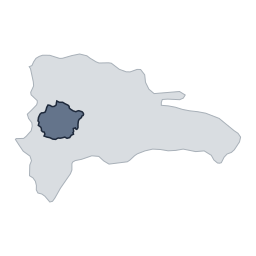 San Juan on a map of Dominican Republic (Albers equal-area conic projection)
{"feature_id": "DOM-1393", "entity_name": "San Juan", "entity_type": "Province", "adm_level": 1, "iso_a3": "DOM", "parent_name": "Dominican Republic", "parent_adm1": "", "projection": "albers", "projection_center": [-71.244, 18.895], "detail": "fine", "context": "in_parent", "style": "filled", "palette": "slate", "viewbox_px": 256, "rotation_deg": 0, "n_neighbors": 0, "source": "natural_earth", "source_scale": "10m", "svg_char_len": 2245}
<svg xmlns="http://www.w3.org/2000/svg" viewBox="0 0 256 256"><path d="M29.5,175.7L29.8,165.0L31.5,160.7L30.0,156.1L23.2,151.2L19.0,145.0L15.4,139.4L16.2,138.6L23.6,138.4L26.2,136.3L31.2,130.7L32.2,126.1L31.8,122.7L28.6,118.5L27.3,114.2L31.3,110.4L36.6,104.9L37.3,102.7L37.2,100.6L31.1,94.8L30.7,92.3L33.6,86.0L33.3,81.8L30.5,68.7L29.2,66.7L31.9,65.6L33.7,61.7L36.0,58.3L39.2,56.4L42.7,55.2L49.8,55.3L59.6,58.4L62.4,58.3L71.8,55.6L79.6,54.0L86.9,55.8L89.9,58.1L96.0,61.8L99.0,63.0L108.6,62.8L111.3,63.2L119.3,69.3L126.1,71.8L130.1,71.9L137.1,69.4L140.6,69.5L144.7,74.8L145.5,82.3L148.9,89.2L154.1,93.6L179.5,91.5L185.2,95.0L183.3,98.1L179.7,99.7L167.6,99.1L162.3,99.5L161.3,102.5L161.3,105.3L168.4,105.9L175.3,107.2L182.4,109.4L189.6,110.8L197.7,111.7L205.7,113.2L219.1,118.4L234.0,130.6L238.0,133.3L240.6,137.1L239.5,141.9L234.3,149.8L231.4,152.4L227.1,154.0L224.1,157.2L221.3,162.7L219.6,163.2L217.5,163.0L213.9,160.0L211.3,155.3L204.2,150.9L195.7,151.6L183.2,149.1L175.7,150.4L168.1,150.8L160.4,149.5L152.7,149.1L144.9,150.9L137.4,153.8L134.7,155.6L129.9,160.1L127.3,161.8L109.0,164.1L103.7,160.9L98.8,156.4L91.8,155.8L81.6,159.3L75.2,160.6L72.6,162.1L71.9,163.7L71.9,170.0L70.4,173.8L60.5,188.1L54.8,198.2L52.5,201.3L49.8,202.0L44.9,196.2L41.8,194.0L37.9,193.0L36.3,189.9L36.4,185.5L35.4,181.3L33.0,177.9L29.5,175.7Z" fill="#d9dde1" stroke="#a8b0b8" stroke-width="1"/><path d="M52.0,106.6L54.3,106.4L56.2,104.9L56.4,102.9L56.8,101.0L59.4,102.3L62.7,102.3L65.0,103.7L67.5,104.9L68.5,105.5L69.1,106.4L69.3,108.0L70.4,109.1L73.2,110.9L75.9,111.7L77.3,111.0L78.8,110.7L80.4,111.2L82.0,111.7L83.0,112.7L83.6,114.1L83.1,115.5L81.8,116.1L81.5,117.4L80.7,118.2L79.2,119.3L78.4,120.9L78.0,124.1L78.0,127.5L77.5,128.6L76.7,129.4L75.8,129.0L75.3,127.9L73.3,128.5L73.6,131.0L73.6,131.8L72.9,132.7L73.3,133.4L73.5,134.2L72.3,134.8L71.3,135.2L69.7,137.6L67.0,138.3L64.8,137.1L61.8,137.9L60.1,138.2L58.4,138.0L57.0,138.5L55.7,139.4L52.7,139.1L49.9,137.7L46.9,137.1L44.0,136.0L44.9,134.0L44.2,132.1L42.5,131.7L41.4,130.5L41.4,128.9L40.9,127.4L39.7,126.3L38.3,125.4L39.1,122.3L38.0,120.9L38.5,117.4L40.0,114.2L41.4,112.9L43.1,112.8L45.0,112.2L46.0,110.1L46.7,107.4L48.0,105.0L50.1,105.4L52.0,106.6Z" fill="#64748b" stroke="#1e293b" stroke-width="1.5"/></svg>